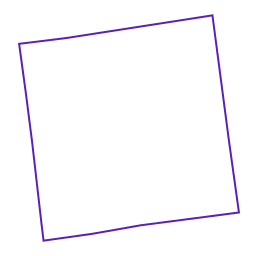 Marion, Illinois, United States of America, rotated 352°
{"feature_id": "52423323B11671877616863", "entity_name": "Marion", "entity_type": "district", "adm_level": 2, "iso_a3": "USA", "parent_name": "United States of America", "parent_adm1": "Illinois", "projection": "orthographic", "projection_center": [-88.957, 38.65], "detail": "fine", "context": "isolated", "style": "outline", "palette": "violet", "viewbox_px": 256, "rotation_deg": 352, "n_neighbors": 0, "source": "geoboundaries", "source_scale": "gbopen_adm2", "svg_char_len": 299}
<svg xmlns="http://www.w3.org/2000/svg" viewBox="0 0 256 256"><g transform="rotate(352 128 128)"><path d="M226.1,227.1L226.2,152.9L227.3,28.2L79.3,30.3L31.9,29.5L31.7,79.2L31.1,128.7L29.0,211.2L28.7,227.8L78.0,227.8L127.1,226.1L226.1,227.1Z" fill="none" stroke="#5b21b6" stroke-width="2"/></g></svg>